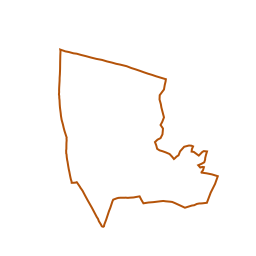 outline of Al-Rumaitha, Al-Muthannia, Iraq, rotated 252°
{"feature_id": "34846034B72933378732296", "entity_name": "Al-Rumaitha", "entity_type": "district", "adm_level": 2, "iso_a3": "IRQ", "parent_name": "Iraq", "parent_adm1": "Al-Muthannia", "projection": "albers", "projection_center": [45.302, 31.497], "detail": "fine", "context": "isolated", "style": "outline", "palette": "amber", "viewbox_px": 256, "rotation_deg": 252, "n_neighbors": 0, "source": "geoboundaries", "source_scale": "gbopen_adm2", "svg_char_len": 2324}
<svg xmlns="http://www.w3.org/2000/svg" viewBox="0 0 256 256"><g transform="rotate(252 128 128)"><path d="M85.4,64.4L85.3,64.5L82.3,65.4L76.5,66.4L71.7,67.3L62.9,69.1L56.5,70.2L53.0,70.8L50.9,71.4L48.4,71.5L46.7,71.9L44.3,72.5L43.1,72.6L42.2,73.1L41.7,74.1L42.0,74.8L43.5,75.6L47.4,78.8L54.9,84.3L57.4,86.4L60.0,88.3L63.0,90.5L64.4,91.8L64.5,93.6L64.6,95.7L64.5,97.3L64.3,98.2L64.1,98.9L63.3,101.4L62.4,104.4L61.6,106.3L61.1,108.5L60.2,111.9L59.9,114.4L59.5,117.2L59.4,117.9L55.6,118.5L51.6,119.4L50.8,124.5L49.7,129.0L48.3,136.2L47.7,139.0L46.6,141.3L44.9,145.3L44.0,147.2L43.3,148.0L42.2,149.3L39.9,151.8L37.6,154.3L34.6,157.5L34.5,164.8L34.1,167.1L34.5,170.0L34.2,172.5L33.8,173.8L33.4,175.3L32.5,179.9L41.0,186.7L47.9,193.5L54.4,198.5L55.4,197.1L58.0,193.4L60.7,188.6L61.5,186.9L62.6,184.7L62.8,184.2L63.2,184.2L64.7,186.3L67.3,188.1L68.0,186.8L68.1,184.5L70.9,183.3L71.2,186.6L71.8,189.9L74.0,191.5L75.7,192.2L78.4,193.9L81.3,195.9L82.6,192.9L82.2,191.2L79.9,186.8L81.8,185.4L84.9,183.2L85.9,181.2L88.1,182.2L90.4,184.2L91.6,182.8L92.5,180.6L92.8,175.6L89.7,170.3L86.4,167.6L85.8,165.3L84.8,163.4L84.3,162.1L87.0,161.1L90.4,159.5L93.2,156.3L95.3,153.6L97.0,151.1L99.2,149.3L102.8,149.5L106.3,149.3L107.8,152.5L108.3,155.8L111.3,158.8L114.5,160.2L116.7,161.1L120.8,159.9L123.3,162.5L127.0,165.5L132.2,165.8L137.3,166.1L140.5,166.6L145.4,166.8L149.4,168.3L151.4,171.1L153.5,174.1L157.5,176.2L160.6,178.1L162.7,179.1L163.3,178.2L166.0,174.3L168.5,170.7L171.0,167.4L173.4,163.9L176.1,160.3L178.3,157.5L181.3,153.5L184.0,149.7L187.2,145.8L190.8,140.0L192.7,136.6L195.2,132.9L197.8,128.6L200.8,124.3L203.5,119.3L206.5,114.5L209.4,110.1L212.0,105.9L214.5,102.2L215.9,99.2L218.5,95.3L220.3,92.0L221.1,91.0L223.5,87.8L222.1,87.6L217.8,86.0L211.2,83.7L205.0,81.6L200.1,79.8L196.9,78.5L194.0,77.5L190.7,76.2L187.6,75.0L185.4,74.2L183.4,73.6L181.3,72.7L179.7,72.5L177.8,71.9L175.7,71.5L171.3,70.3L168.4,69.6L162.5,68.5L160.3,68.0L156.2,67.4L151.5,67.2L148.3,66.9L144.7,66.7L140.3,66.7L138.6,66.7L137.8,66.7L136.8,66.2L135.4,65.9L132.7,64.8L129.5,63.7L127.1,62.9L125.7,62.2L123.9,61.7L123.1,61.4L122.0,61.4L119.0,60.7L116.0,60.2L114.8,60.1L110.4,59.4L106.9,58.9L104.7,58.7L99.9,58.1L96.9,57.8L94.8,57.8L93.3,57.5L92.8,59.0L92.3,61.1L92.3,62.5L90.1,63.2L86.9,64.1L85.4,64.4Z" fill="none" stroke="#b45309" stroke-width="2"/></g></svg>